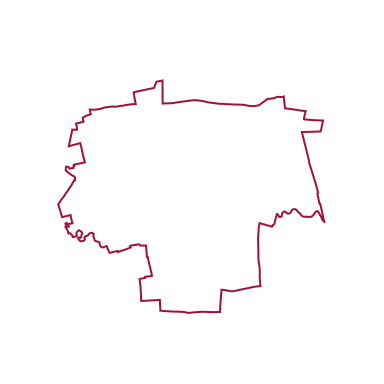 the district of Andrieseni, Iasi, Romania, rotated 291°
{"feature_id": "2599482B25328150396087", "entity_name": "Andrieseni", "entity_type": "district", "adm_level": 2, "iso_a3": "ROU", "parent_name": "Romania", "parent_adm1": "Iasi", "projection": "albers", "projection_center": [27.294, 47.519], "detail": "fine", "context": "isolated", "style": "outline", "palette": "rose", "viewbox_px": 384, "rotation_deg": 291, "n_neighbors": 0, "source": "geoboundaries", "source_scale": "gbopen_adm2", "svg_char_len": 5956}
<svg xmlns="http://www.w3.org/2000/svg" viewBox="0 0 384 384"><g transform="rotate(291 192 192)"><path d="M232.4,67.0L228.3,69.6L227.4,68.3L225.5,66.2L222.2,63.3L218.8,65.6L214.2,59.2L212.6,60.5L211.9,60.9L208.9,62.3L208.4,60.8L207.7,59.1L207.5,58.6L207.4,57.9L190.6,60.6L197.6,70.1L193.6,73.0L189.2,75.8L185.2,78.5L183.7,79.7L181.2,81.4L176.4,73.8L175.6,72.6L175.1,72.0L174.2,72.8L173.7,72.1L171.9,72.7L169.9,69.2L170.7,68.5L171.1,67.1L170.4,65.3L166.8,66.4L164.7,73.2L164.4,76.2L164.3,76.6L163.8,77.3L162.9,78.2L162.7,78.2L162.0,78.2L161.6,78.1L161.2,77.9L160.7,78.6L160.4,78.3L159.6,77.7L159.0,77.4L157.0,77.3L155.4,77.1L152.4,76.4L152.0,76.2L149.6,75.8L144.3,74.4L141.6,73.9L139.0,73.0L138.5,72.9L137.4,72.6L135.9,72.3L133.2,71.7L132.6,71.6L131.8,72.1L128.2,75.0L122.0,79.7L126.9,86.9L123.8,88.8L121.4,90.6L120.0,91.6L117.7,88.1L117.1,87.0L118.2,86.0L117.3,85.1L116.1,86.0L117.1,87.3L117.4,87.7L116.5,88.4L116.6,88.6L115.6,89.4L113.9,86.5L111.2,90.0L109.6,91.0L109.0,91.6L109.5,92.0L109.7,92.5L109.8,92.8L109.8,93.2L109.6,93.6L108.9,94.7L108.7,95.6L108.5,96.0L108.1,96.3L107.5,96.5L107.3,96.6L107.2,96.9L107.2,97.1L107.4,97.3L108.2,98.4L109.0,99.8L109.4,100.1L109.9,100.2L110.3,100.0L111.3,99.1L112.1,98.8L112.9,98.8L114.8,99.5L115.3,99.8L115.6,100.1L115.8,100.4L115.9,100.7L115.8,101.0L115.7,101.3L115.3,102.2L115.0,103.4L114.8,103.9L114.6,104.2L113.9,104.4L112.3,104.3L111.8,104.3L110.9,104.6L110.4,104.7L109.8,104.6L109.5,104.5L109.3,104.4L109.2,104.1L109.2,103.3L108.8,102.6L108.7,102.3L108.5,102.1L108.2,102.1L107.8,102.4L107.1,103.2L106.7,103.8L106.4,104.5L106.2,105.4L106.2,106.2L106.3,106.5L106.8,107.0L107.4,108.0L107.8,108.4L108.1,108.7L108.6,108.9L109.2,109.0L109.5,108.8L110.5,108.2L110.9,108.0L111.3,107.9L111.7,107.9L112.2,108.2L114.0,110.2L114.6,110.5L116.2,111.0L117.0,111.4L117.5,111.9L117.8,112.5L117.9,113.0L118.0,113.5L117.9,114.3L117.9,114.7L117.8,115.0L117.5,115.4L115.9,115.5L115.5,115.6L115.1,115.9L114.6,116.3L114.0,117.2L113.7,117.4L112.5,118.0L112.0,118.5L111.7,119.1L111.6,119.6L111.8,120.7L111.7,121.9L111.9,123.2L111.6,123.8L110.5,124.3L110.0,124.6L109.5,125.1L109.1,125.5L108.5,126.3L108.1,127.1L108.1,128.0L108.2,128.3L108.5,128.9L110.3,130.9L110.9,131.6L110.6,132.0L106.2,136.2L105.8,136.6L105.8,137.1L105.9,137.5L109.0,141.6L109.8,143.1L110.2,143.7L109.3,144.3L111.8,147.1L113.0,148.7L114.1,150.2L114.9,150.9L114.9,151.0L118.2,154.5L119.3,153.5L120.3,154.5L121.4,156.4L122.0,157.3L122.0,157.5L122.3,157.9L122.6,158.6L122.9,159.0L123.5,160.0L124.2,161.5L123.8,162.6L123.4,163.1L124.2,164.8L125.6,168.3L121.7,170.1L115.1,173.3L115.3,174.1L111.4,176.6L105.8,180.5L103.0,182.2L103.1,182.4L101.5,183.4L99.3,184.6L96.0,178.6L95.7,178.9L95.2,179.1L92.6,175.2L91.9,174.2L91.3,174.6L90.1,175.3L84.4,178.2L79.1,180.6L72.2,183.5L72.4,184.3L72.9,185.5L79.7,200.7L69.9,205.0L70.9,208.8L73.1,215.6L73.5,216.6L74.2,219.0L74.7,220.4L75.5,222.4L75.7,223.4L75.9,223.8L76.5,225.5L76.9,226.8L77.2,228.2L77.3,229.2L78.0,232.3L78.6,233.7L79.9,236.0L80.5,237.4L81.9,240.2L83.8,244.3L85.1,248.0L85.6,249.6L86.0,250.8L87.2,254.0L87.7,255.6L89.0,258.7L90.0,261.1L98.0,258.5L99.5,258.1L105.0,256.4L107.3,255.8L109.4,255.2L111.3,254.5L112.0,256.7L112.5,259.5L112.8,261.2L113.3,263.8L113.5,264.5L113.8,265.4L116.0,269.1L117.3,270.8L121.7,277.8L124.4,281.9L125.9,284.3L127.9,288.0L128.7,289.7L130.1,288.9L132.6,287.7L135.5,286.3L136.1,286.1L136.7,285.6L137.7,285.4L143.0,283.4L144.7,282.6L149.4,280.1L152.7,278.3L154.9,277.3L155.7,277.1L163.4,274.0L168.7,271.8L171.9,270.5L174.9,269.5L184.1,266.7L187.2,266.3L187.3,268.6L187.7,271.5L187.6,272.1L187.6,273.2L187.7,273.7L187.9,274.1L188.0,274.8L188.3,277.7L188.4,278.6L188.3,279.1L188.5,279.3L189.2,279.4L190.0,279.2L190.8,280.0L191.1,280.1L191.8,280.3L201.8,279.1L201.9,279.6L201.9,279.9L201.8,280.4L201.6,280.7L200.8,281.2L200.4,281.7L200.1,282.2L200.0,282.5L200.1,282.9L200.2,283.3L200.7,284.0L201.3,284.3L201.7,284.4L202.8,284.1L204.2,283.9L205.3,284.0L205.9,284.4L206.6,284.9L206.9,285.5L207.0,286.1L206.8,286.8L206.4,288.0L206.1,288.9L206.2,289.5L206.5,290.2L207.3,290.9L208.0,291.4L208.9,291.6L210.3,291.6L211.0,291.8L211.7,292.3L212.3,293.0L212.8,294.0L213.0,294.7L212.8,295.7L211.7,297.5L210.7,300.5L210.0,301.6L209.3,302.7L208.9,303.8L208.9,304.6L210.6,309.9L211.2,311.5L211.7,312.3L212.1,312.6L213.4,313.4L217.8,314.6L218.3,314.8L218.7,315.1L218.9,315.5L219.0,316.0L219.0,316.4L218.8,317.0L217.1,319.0L214.8,321.8L212.6,323.9L212.2,324.6L211.6,325.8L211.6,326.1L226.7,316.1L226.6,315.4L234.3,310.3L235.3,309.7L235.6,309.6L236.2,310.1L237.6,309.2L242.5,305.7L243.1,305.1L244.2,304.4L249.7,300.1L252.9,297.6L260.8,291.3L264.2,289.3L287.3,273.1L294.6,290.4L300.8,289.5L305.7,288.7L303.9,283.5L302.1,278.0L301.8,276.8L301.7,276.4L300.0,270.8L300.0,270.6L300.3,270.3L301.6,270.0L308.2,269.1L308.0,268.4L303.8,250.1L303.5,248.8L314.1,243.4L313.4,242.6L313.0,241.9L312.5,241.0L312.3,240.3L311.9,238.8L311.6,238.1L311.3,237.6L310.8,236.7L309.5,235.7L309.3,235.3L308.3,233.8L307.3,231.9L306.2,229.5L305.9,229.1L305.5,228.8L299.4,225.0L297.4,223.7L296.7,223.0L295.9,221.7L295.3,220.7L294.3,218.8L293.7,217.1L293.2,215.6L292.8,213.9L292.0,209.8L291.8,208.7L291.3,207.0L289.0,200.6L287.2,195.1L286.1,192.0L285.5,189.7L284.5,186.9L284.0,185.3L283.6,183.8L282.8,180.2L282.3,178.4L281.6,175.5L281.0,171.2L280.5,168.3L280.3,167.4L279.5,164.0L279.0,162.5L278.8,161.9L278.5,161.5L278.6,161.4L278.6,161.2L275.5,155.3L274.2,153.1L273.7,152.0L271.8,148.6L270.4,146.2L269.2,144.0L268.7,143.3L268.0,142.1L266.6,138.9L264.1,132.9L268.2,131.3L280.4,126.5L285.5,124.5L282.2,119.3L278.4,119.3L275.6,119.3L273.1,115.5L272.1,113.9L265.1,103.1L264.8,102.6L264.1,101.8L258.0,105.4L253.9,108.0L253.3,106.5L252.6,104.7L251.9,103.5L250.7,101.2L248.5,97.5L247.9,96.9L247.7,96.5L247.2,95.1L246.7,94.1L246.4,93.7L245.8,93.0L244.2,89.8L243.6,88.4L243.4,87.2L242.9,86.2L239.4,79.9L239.0,79.4L237.3,77.4L236.5,76.3L234.9,73.5L234.2,72.1L233.5,70.3L233.0,69.2L232.4,67.0Z" fill="none" stroke="#9f1239" stroke-width="2"/></g></svg>